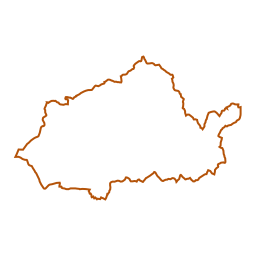 outline of Rocafuerte, Manabi, Ecuador
{"feature_id": "8360857B52091379979635", "entity_name": "Rocafuerte", "entity_type": "district", "adm_level": 2, "iso_a3": "ECU", "parent_name": "Ecuador", "parent_adm1": "Manabi", "projection": "natural_earth1", "projection_center": [-80.385, -0.898], "detail": "fine", "context": "isolated", "style": "outline", "palette": "amber", "viewbox_px": 256, "rotation_deg": 0, "n_neighbors": 0, "source": "geoboundaries", "source_scale": "gbopen_adm2", "svg_char_len": 5843}
<svg xmlns="http://www.w3.org/2000/svg" viewBox="0 0 256 256"><path d="M238.4,104.4L237.7,104.4L237.6,104.6L234.8,104.3L233.7,103.7L232.8,103.5L232.0,103.6L231.3,103.8L231.0,104.1L230.6,105.0L229.7,105.9L227.1,107.2L226.6,107.3L226.6,107.7L226.9,108.5L226.4,108.2L225.6,108.2L225.0,108.8L224.8,109.7L224.1,110.6L223.9,110.7L222.4,110.7L222.0,110.9L221.7,111.5L221.6,112.7L220.1,115.0L219.5,116.1L218.7,115.3L217.9,114.2L216.5,112.7L214.8,111.5L214.2,111.4L213.1,111.5L210.9,112.0L208.7,112.8L207.5,115.7L206.6,119.3L206.3,119.5L205.9,120.3L205.6,121.3L205.5,122.3L204.5,124.1L204.4,125.0L204.5,126.0L204.4,126.5L204.0,127.2L202.6,129.3L201.8,128.2L200.4,127.7L200.4,126.6L200.2,126.1L199.3,124.7L198.3,123.6L197.9,122.9L197.3,121.1L197.1,119.9L195.4,119.3L193.9,119.5L193.6,119.1L193.0,117.7L190.4,115.6L189.0,114.6L187.5,114.6L187.0,114.8L186.0,115.6L185.1,112.8L185.1,111.4L184.9,110.6L184.0,108.8L183.1,108.5L182.7,108.1L182.7,107.8L183.1,106.5L183.3,104.1L183.3,103.0L182.9,102.1L182.9,101.9L183.0,101.3L183.8,99.1L181.9,97.4L181.1,96.8L180.7,94.2L180.3,94.2L179.7,93.5L179.3,92.0L178.9,91.5L178.1,90.9L175.4,90.4L174.7,90.1L173.9,88.9L173.4,87.8L173.4,87.0L173.7,85.8L173.6,84.4L173.3,83.3L172.5,81.8L172.3,79.7L171.9,78.8L173.3,77.5L172.7,75.2L172.2,74.7L170.9,74.8L170.3,74.6L169.1,73.5L166.3,71.9L165.3,70.8L163.7,69.8L162.8,69.0L161.5,68.4L161.2,67.9L160.7,66.9L159.1,64.7L155.4,65.3L154.5,64.8L154.0,64.0L153.6,63.7L152.2,63.1L151.4,63.1L149.9,63.4L148.4,63.5L147.3,63.5L146.9,63.3L146.5,62.9L145.1,59.9L144.4,59.0L143.9,57.3L143.4,56.6L142.2,57.0L142.0,57.6L141.5,60.1L141.2,61.0L140.5,61.3L139.2,61.1L138.8,61.3L135.4,63.7L134.0,65.3L133.7,65.9L133.7,66.3L134.1,67.1L134.1,67.6L133.5,68.9L132.4,69.1L130.5,70.6L128.6,71.3L127.5,72.8L127.1,73.6L126.4,74.2L125.2,74.6L123.0,74.7L122.4,75.0L121.5,76.1L120.8,76.3L121.2,78.2L121.5,80.7L121.5,81.5L121.2,82.4L119.9,82.4L118.6,82.1L117.3,82.1L116.1,81.7L114.5,81.8L112.6,80.8L111.6,80.6L110.3,79.9L109.0,79.6L107.9,79.7L105.2,81.8L104.4,81.9L104.5,83.0L104.2,83.5L101.3,84.4L100.3,85.2L98.4,86.2L95.7,85.6L94.8,86.2L92.0,89.8L91.4,90.0L88.1,90.1L85.9,90.7L83.9,91.5L80.8,93.1L80.0,93.8L78.8,94.6L76.2,95.8L76.3,96.3L74.1,97.4L73.5,98.4L72.9,98.9L72.4,98.8L71.5,98.1L70.7,97.9L70.0,97.5L68.9,97.7L67.8,97.1L67.2,97.2L66.0,97.0L65.7,97.2L65.3,98.4L65.4,98.9L65.9,99.3L67.1,99.2L67.9,100.0L68.1,100.4L67.9,102.8L67.9,104.3L65.6,104.1L63.5,104.8L60.4,104.4L59.7,104.1L59.2,103.6L58.5,102.6L58.2,102.6L57.0,102.2L55.7,101.0L55.2,100.8L54.6,101.0L53.4,100.8L51.7,100.9L50.5,101.4L48.3,102.9L48.0,102.8L48.1,102.4L47.0,102.3L47.1,102.5L46.8,102.9L45.8,105.9L44.9,107.7L44.5,108.9L44.9,109.7L45.2,110.1L45.2,112.4L46.3,114.8L46.3,115.5L45.6,116.1L43.5,117.4L43.0,118.0L42.7,119.5L42.8,120.2L44.3,122.9L44.5,124.4L44.4,125.3L44.0,125.8L43.5,126.1L42.5,126.1L41.3,127.0L40.8,128.1L39.8,132.7L38.5,136.1L37.7,136.7L35.5,137.5L33.9,138.4L31.1,140.4L28.6,142.9L27.2,143.9L23.0,149.7L18.6,149.5L16.9,153.7L15.4,156.9L18.5,156.8L20.6,157.6L22.5,159.0L24.9,159.8L26.7,159.9L27.0,160.1L28.4,164.2L29.0,165.0L30.2,165.6L31.8,166.1L32.8,168.0L34.6,170.8L35.2,172.1L36.2,173.2L39.2,179.4L39.7,181.5L41.2,184.5L43.5,188.0L44.1,188.6L45.0,188.7L45.6,188.4L48.4,185.5L48.8,185.1L49.8,184.6L52.1,184.2L56.7,182.9L59.7,182.7L59.8,183.0L59.9,183.6L59.4,185.9L59.4,186.6L61.4,186.6L61.5,186.7L61.6,187.6L62.0,188.0L63.1,188.3L64.3,188.4L66.1,189.1L68.4,189.2L70.6,188.4L75.3,188.4L76.7,188.6L79.3,188.9L79.7,189.2L82.4,188.9L85.9,189.1L89.7,189.6L88.8,191.2L89.1,191.7L89.7,193.6L90.0,193.8L90.6,193.6L91.1,194.3L91.5,195.4L91.5,196.6L91.8,197.3L92.6,197.1L93.4,196.6L94.2,198.4L94.7,198.3L95.4,197.6L96.9,199.2L97.3,198.7L100.2,199.1L101.1,197.4L102.0,197.9L103.2,198.3L104.8,199.2L105.3,199.4L106.1,198.0L107.0,195.4L107.3,194.0L107.7,194.1L107.7,193.9L109.1,192.4L109.3,191.9L109.3,191.0L110.2,189.4L110.4,187.2L110.1,185.4L110.1,183.5L110.3,183.0L111.2,182.1L112.7,181.6L114.6,181.7L117.4,180.7L118.9,180.8L120.7,181.6L122.3,181.4L123.0,181.0L124.9,179.6L125.7,178.0L125.8,177.5L126.3,177.4L127.5,177.7L129.1,178.7L129.6,179.2L130.2,180.5L130.8,181.3L132.8,181.3L134.4,181.0L135.9,181.2L136.7,181.6L137.4,180.4L138.2,179.7L139.0,179.5L139.3,179.6L139.7,180.3L140.1,180.6L141.7,181.3L142.6,181.9L143.0,181.9L143.6,181.0L144.7,179.8L145.4,178.8L146.1,178.0L146.3,178.0L150.0,175.7L152.4,173.9L153.4,173.2L154.2,172.0L154.8,172.1L155.5,172.7L156.7,174.9L157.7,176.4L158.8,177.3L161.5,180.4L162.0,180.7L162.9,181.0L163.4,180.9L164.1,180.4L165.8,179.7L167.3,179.6L168.3,178.9L170.5,179.2L172.2,178.2L172.7,178.1L173.8,178.3L174.6,178.7L176.0,180.5L176.4,182.0L176.7,181.7L177.5,180.4L178.9,179.3L179.2,178.9L180.2,175.3L180.6,175.0L180.8,174.9L181.3,175.3L182.5,176.9L184.4,178.5L185.2,179.3L185.7,179.4L187.1,178.8L188.6,178.7L190.0,177.9L191.6,180.1L192.3,180.5L193.2,181.4L194.3,181.4L194.8,181.2L195.7,180.2L197.1,180.2L197.9,179.9L198.4,179.5L198.9,178.4L199.5,177.8L204.4,174.6L205.6,174.1L206.5,174.1L207.4,171.7L208.0,170.8L208.2,170.2L210.3,171.0L212.0,173.4L214.3,174.4L214.9,171.8L215.0,169.9L216.5,168.1L218.0,167.1L218.2,166.6L218.2,166.2L217.8,165.0L218.2,164.2L218.4,164.0L219.6,163.6L221.0,162.7L223.5,162.4L224.2,162.8L224.9,162.8L225.2,162.5L225.4,162.1L225.4,161.2L225.2,158.3L224.5,156.9L224.3,155.5L223.7,154.0L223.4,150.6L222.5,148.4L222.2,148.0L221.3,147.9L220.5,147.6L219.5,146.9L220.1,146.4L220.6,145.4L220.7,142.5L221.7,139.4L221.9,137.9L219.5,136.9L218.4,136.1L218.4,135.6L219.0,134.1L219.8,132.9L221.0,130.2L221.3,129.8L222.1,129.3L222.6,128.2L224.3,127.2L225.0,126.4L225.4,125.8L226.4,126.3L227.0,126.4L228.2,125.5L231.1,124.9L232.6,123.7L234.0,122.9L235.8,122.2L236.4,121.5L236.7,120.7L239.0,119.4L239.5,118.7L239.9,117.8L240.5,115.3L240.6,113.9L240.6,107.1L239.9,107.3L238.4,107.3L238.1,106.6L238.1,105.7L238.4,104.8L238.4,104.4Z" fill="none" stroke="#b45309" stroke-width="2"/></svg>